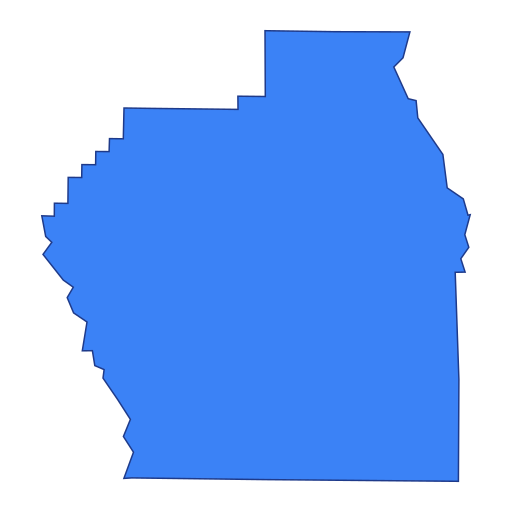 outline of Stoddard, Missouri, United States of America
{"feature_id": "52423323B58883405017041", "entity_name": "Stoddard", "entity_type": "district", "adm_level": 2, "iso_a3": "USA", "parent_name": "United States of America", "parent_adm1": "Missouri", "projection": "robinson", "projection_center": [-90.02, 36.877], "detail": "fine", "context": "isolated", "style": "filled", "palette": "blue", "viewbox_px": 512, "rotation_deg": 0, "n_neighbors": 0, "source": "geoboundaries", "source_scale": "gbopen_adm2", "svg_char_len": 800}
<svg xmlns="http://www.w3.org/2000/svg" viewBox="0 0 512 512"><path d="M151.8,108.4L124.0,108.0L123.3,138.8L109.5,138.6L109.1,151.6L95.8,151.5L95.6,164.7L81.9,164.6L81.7,177.5L68.2,177.4L67.9,203.4L54.4,203.2L54.3,216.2L41.8,215.8L45.7,236.5L51.8,242.3L43.0,254.4L63.3,280.1L73.3,287.2L67.2,297.6L73.6,312.9L87.0,322.0L82.3,350.8L92.4,350.7L94.8,365.6L104.1,369.6L103.0,378.1L117.7,399.6L130.4,419.4L123.4,436.5L133.5,452.2L123.9,478.4L131.7,477.9L265.6,479.6L458.4,481.3L458.9,379.6L455.2,272.3L465.1,272.1L460.8,258.7L468.8,247.3L464.8,234.7L470.2,214.7L468.0,215.2L463.3,198.9L447.2,187.9L442.9,154.5L417.8,117.9L416.1,100.6L408.2,98.7L393.8,67.0L403.0,57.8L409.9,31.9L334.3,31.7L265.0,30.7L265.3,96.5L237.9,96.2L238.0,109.4L151.8,108.4Z" fill="#3b82f6" stroke="#1e3a8a" stroke-width="1.5"/></svg>